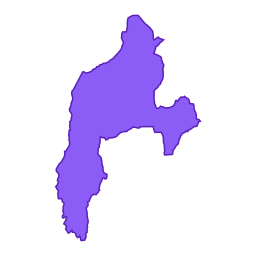 Indiara, Goiás, Brazil (Equal Earth projection)
{"feature_id": "56859067B57981845225789", "entity_name": "Indiara", "entity_type": "district", "adm_level": 2, "iso_a3": "BRA", "parent_name": "Brazil", "parent_adm1": "Goiás", "projection": "equal_earth", "projection_center": [-49.96, -17.208], "detail": "fine", "context": "isolated", "style": "filled", "palette": "violet", "viewbox_px": 256, "rotation_deg": 0, "n_neighbors": 0, "source": "geoboundaries", "source_scale": "gbopen_adm2", "svg_char_len": 4636}
<svg xmlns="http://www.w3.org/2000/svg" viewBox="0 0 256 256"><path d="M80.7,240.0L81.5,240.6L82.8,240.2L84.1,240.4L84.9,239.8L86.1,237.0L85.8,235.0L86.0,233.1L87.2,232.2L87.0,229.2L87.6,227.1L87.2,225.7L87.6,223.8L88.1,222.6L88.1,220.6L87.7,218.9L87.4,217.3L87.1,215.9L87.2,214.2L87.0,212.1L86.3,209.3L86.5,207.5L87.4,206.5L88.1,205.3L88.0,203.7L87.6,202.0L88.7,201.7L89.4,200.8L90.2,198.6L90.8,197.0L91.5,195.9L92.7,194.9L94.5,194.3L96.0,194.7L97.1,193.3L98.1,192.5L98.6,191.2L99.6,190.2L99.0,188.5L99.5,186.8L99.9,184.6L100.5,183.2L101.1,181.9L102.0,179.9L102.9,177.9L104.0,177.8L104.8,178.9L106.3,178.7L106.9,176.4L106.9,174.2L104.0,172.9L103.3,171.5L103.0,169.3L102.9,166.9L102.4,165.4L101.9,163.5L101.8,161.4L101.4,159.4L101.0,157.6L99.5,155.8L98.5,155.0L97.9,153.2L98.1,151.2L98.0,149.8L98.4,148.2L99.3,147.2L99.3,145.5L99.6,144.1L100.1,142.4L100.0,140.6L100.2,137.4L101.0,136.7L102.2,137.7L103.4,137.7L104.5,137.7L106.0,139.9L107.7,139.3L109.1,137.8L110.8,137.9L112.7,137.7L113.9,137.4L115.4,136.9L116.9,136.1L118.4,134.4L120.8,132.5L122.5,131.9L124.7,131.5L126.7,131.5L128.3,130.0L130.9,128.8L132.9,127.1L135.5,127.3L138.0,128.1L139.8,127.7L140.7,126.7L153.0,126.6L154.8,132.4L158.5,132.3L159.6,132.3L161.2,132.2L161.9,133.5L163.2,136.7L163.4,139.0L163.4,141.8L164.2,144.5L164.4,147.7L164.7,150.8L164.1,153.0L164.7,155.0L172.5,154.4L172.9,152.0L173.2,150.2L174.2,148.9L175.5,147.0L176.3,145.3L177.4,144.8L178.2,143.7L178.6,142.3L178.7,140.9L179.6,138.8L180.4,137.1L180.7,135.8L181.6,134.8L182.2,133.7L183.6,132.9L185.3,132.1L186.3,130.9L187.7,131.6L189.0,129.8L190.6,129.2L193.0,127.4L194.2,126.5L195.8,126.5L197.1,126.0L197.8,124.1L198.6,121.7L200.3,121.2L198.9,119.5L197.7,119.3L196.7,118.9L196.2,117.3L196.4,115.1L195.9,113.6L195.5,112.0L194.7,111.0L193.9,107.7L194.0,105.4L193.4,104.0L191.4,103.7L189.7,103.5L189.4,101.5L189.0,100.0L188.0,98.7L186.6,97.9L185.5,97.2L184.7,96.3L183.8,97.0L182.4,97.1L181.0,97.1L180.1,97.9L179.1,98.9L178.3,100.5L177.3,101.3L176.2,100.3L175.4,101.1L175.1,102.8L174.3,104.5L173.1,106.1L171.3,106.9L170.3,107.4L169.2,107.7L166.7,107.8L165.4,108.2L164.5,107.6L163.3,106.9L161.9,106.9L160.7,106.2L158.6,108.1L157.1,108.5L155.9,107.4L155.6,105.6L154.6,103.7L154.4,101.4L154.0,99.2L154.0,97.3L154.2,94.8L154.1,91.8L154.5,90.1L156.1,88.8L157.6,87.5L158.6,85.7L159.4,84.8L160.3,84.3L160.9,82.6L161.6,81.1L162.2,79.9L162.8,78.7L163.1,76.8L163.2,74.6L163.2,72.5L163.1,71.0L162.8,69.3L163.3,67.1L163.8,65.3L163.4,64.1L162.4,63.1L162.4,61.4L161.5,60.1L161.4,57.9L160.6,56.6L159.3,56.0L157.8,55.2L155.6,54.2L154.7,54.1L153.7,53.6L154.4,52.0L155.0,50.5L155.6,48.0L155.9,46.4L157.4,45.9L158.2,45.1L159.3,43.8L160.3,42.3L161.3,41.9L162.3,40.9L163.6,39.8L162.4,39.3L160.6,38.8L159.2,38.2L158.6,37.2L157.5,37.4L156.2,38.4L155.3,39.1L154.0,39.9L153.3,38.5L153.3,35.6L152.9,33.1L152.6,31.1L151.0,29.3L150.1,27.8L148.9,26.8L148.0,26.0L147.2,25.2L146.3,24.7L144.7,23.2L138.1,15.4L132.9,15.4L129.8,17.0L128.2,17.9L127.7,19.4L127.3,22.6L127.4,25.7L126.9,29.3L126.1,31.8L125.0,31.9L122.8,31.9L121.8,33.6L121.8,35.8L121.4,37.7L122.4,40.4L123.5,42.2L122.9,44.3L122.0,46.0L121.5,48.4L120.9,49.6L118.8,52.1L117.7,53.5L115.5,55.7L114.6,56.7L113.6,58.1L111.9,59.2L110.2,60.2L108.5,61.9L107.1,62.5L106.0,62.9L104.9,63.4L103.2,63.3L101.7,64.7L100.1,64.6L98.7,66.4L96.7,66.7L95.7,68.5L93.9,69.0L92.9,69.5L91.9,71.0L90.4,71.8L88.4,72.5L87.3,73.0L85.6,72.8L84.0,71.9L82.7,71.9L81.6,74.0L74.1,88.3L73.5,89.7L72.4,90.5L71.7,92.5L71.8,94.6L72.5,96.6L72.7,99.1L71.9,101.5L71.1,103.3L71.0,105.3L70.2,107.3L69.4,109.3L69.8,111.2L70.9,112.7L71.7,114.1L71.9,115.8L71.2,118.1L71.4,119.4L70.8,120.6L69.7,121.9L70.1,123.2L69.7,125.1L69.8,127.4L70.4,129.8L69.1,130.3L69.2,132.2L68.7,133.9L68.8,135.8L69.3,137.4L68.9,139.7L69.4,140.9L69.5,142.7L69.6,144.5L68.7,146.6L68.1,147.6L67.2,148.9L66.1,150.8L64.6,151.4L64.8,153.4L64.4,156.7L63.5,158.0L62.8,159.2L61.4,161.9L60.6,162.6L59.4,163.7L58.5,165.2L57.5,167.0L56.5,168.5L56.2,169.8L56.4,171.3L58.0,172.9L58.9,174.9L58.8,176.8L57.8,178.6L57.4,180.8L58.4,181.8L58.1,183.2L57.4,184.2L57.0,185.4L55.7,186.6L56.4,187.7L57.2,189.4L58.3,190.6L58.2,192.0L57.8,193.6L58.0,195.0L58.0,196.5L58.2,198.1L58.9,198.9L60.7,198.4L62.3,200.1L62.1,201.4L63.3,202.4L64.2,204.0L63.2,206.5L63.1,209.1L62.9,211.4L63.8,213.4L63.3,214.9L62.4,215.7L62.4,217.5L63.5,218.0L64.5,217.4L65.8,216.5L66.8,217.3L65.9,219.1L65.5,221.2L64.5,222.1L63.8,223.9L65.2,224.7L66.4,226.2L66.0,227.8L65.6,229.4L66.9,230.7L67.6,232.1L68.3,233.1L69.3,232.8L71.9,230.2L72.3,232.2L73.3,232.3L74.6,232.4L75.5,233.6L76.1,235.6L77.4,237.6L79.0,237.1L79.7,236.1L80.5,237.9L80.7,240.0Z" fill="#8b5cf6" stroke="#5b21b6" stroke-width="1.5"/></svg>